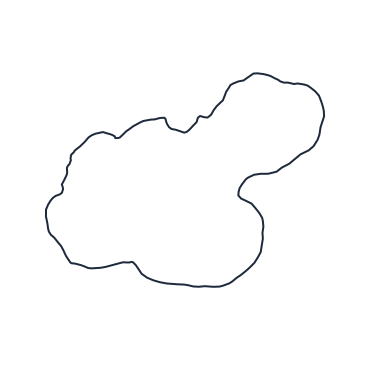 the district of Kartala, Andjazîdja, Comoros, rotated 75°
{"feature_id": "10938185B58200193875213", "entity_name": "Kartala", "entity_type": "district", "adm_level": 2, "iso_a3": "COM", "parent_name": "Comoros", "parent_adm1": "Andjazîdja", "projection": "natural_earth1", "projection_center": [43.364, -11.764], "detail": "fine", "context": "isolated", "style": "outline", "palette": "slate", "viewbox_px": 384, "rotation_deg": 75, "n_neighbors": 0, "source": "geoboundaries", "source_scale": "gbopen_adm2", "svg_char_len": 2370}
<svg xmlns="http://www.w3.org/2000/svg" viewBox="0 0 384 384"><g transform="rotate(75 192 192)"><path d="M167.1,334.4L171.3,337.6L177.9,339.4L184.8,339.8L190.4,340.5L193.2,340.5L196.8,339.4L200.4,336.9L206.6,334.2L210.4,332.4L214.6,331.4L221.0,330.3L226.4,328.5L228.8,327.6L229.6,326.9L230.8,323.7L233.8,318.3L236.6,314.4L238.4,312.2L239.6,309.4L240.6,304.7L241.6,299.5L242.0,294.5L242.0,286.1L242.0,277.7L242.4,275.4L243.0,273.9L243.8,271.1L243.9,268.4L244.7,267.1L248.1,265.2L251.8,263.9L258.0,261.8L263.2,257.5L267.2,252.3L270.8,246.4L273.9,239.9L275.5,235.3L277.1,230.8L278.9,225.1L279.5,223.3L281.1,219.7L283.5,215.4L285.3,209.9L285.9,206.3L286.3,204.0L289.1,195.9L290.5,189.8L290.5,186.1L290.1,181.8L289.9,179.6L288.7,175.9L286.4,171.0L284.8,166.2L282.8,161.7L280.6,157.1L276.6,150.1L272.0,145.1L267.7,141.1L262.9,139.0L255.3,135.6L249.7,134.5L243.9,132.0L238.5,131.1L235.1,130.9L229.5,132.5L223.8,135.0L218.6,137.5L214.8,141.8L211.0,146.3L207.4,148.1L204.0,147.0L200.6,145.0L197.6,141.8L193.6,136.6L192.6,134.1L191.4,127.5L192.2,120.9L194.1,113.7L194.3,105.1L191.7,99.0L189.9,90.8L187.7,86.1L183.7,77.4L182.0,68.6L179.2,62.7L174.0,57.1L169.6,54.1L162.6,51.0L156.9,47.3L153.1,44.8L147.7,43.7L143.9,43.5L138.3,43.7L131.9,44.4L126.7,46.9L122.1,50.3L119.1,52.8L117.3,55.7L114.5,61.9L114.1,65.5L111.1,71.1L110.1,75.0L108.1,78.0L105.9,79.8L103.5,82.7L100.3,86.1L98.3,89.3L96.5,92.7L94.3,98.1L93.5,102.0L95.9,108.8L97.6,113.3L97.2,118.5L97.8,123.7L98.6,127.1L100.8,129.4L104.0,133.0L109.0,136.6L111.4,138.4L113.4,142.1L115.6,146.1L118.7,150.0L122.5,153.8L124.1,157.7L122.9,160.9L120.7,164.5L121.7,167.0L125.7,169.5L128.5,174.2L131.4,178.8L132.6,181.7L132.6,184.2L130.2,187.8L127.6,191.7L125.8,195.5L123.4,197.4L119.8,198.5L118.0,198.7L114.4,198.7L113.1,199.6L112.2,203.7L112.2,209.4L111.4,213.2L110.8,220.7L111.4,224.1L112.4,228.2L113.2,231.6L115.0,236.1L116.4,240.0L118.0,242.7L119.2,244.9L120.7,247.7L120.7,249.7L120.1,252.0L118.3,252.2L116.3,254.2L114.7,256.5L113.3,259.0L111.1,262.4L110.9,265.6L110.7,270.3L111.3,274.4L112.5,277.8L113.9,279.8L115.9,282.8L118.9,288.2L121.5,294.3L123.0,295.9L124.8,299.1L127.8,300.5L130.2,300.9L133.4,303.2L134.6,305.2L136.4,306.6L140.8,307.5L143.0,308.6L147.0,312.0L151.1,315.8L153.3,315.6L155.9,315.8L159.1,317.9L160.1,320.4L160.5,324.9L161.9,328.3L163.9,331.0L167.1,334.4Z" fill="none" stroke="#1e293b" stroke-width="2"/></g></svg>